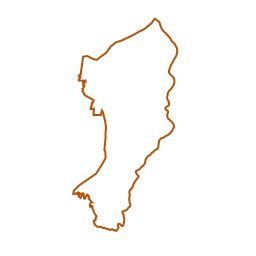 the district of Islas del Ibicuy, Entre Ríos, Argentina, rotated 247°
{"feature_id": "61730980B51981995924731", "entity_name": "Islas del Ibicuy", "entity_type": "district", "adm_level": 2, "iso_a3": "ARG", "parent_name": "Argentina", "parent_adm1": "Entre Ríos", "projection": "orthographic", "projection_center": [-58.964, -33.597], "detail": "fine", "context": "isolated", "style": "outline", "palette": "amber", "viewbox_px": 256, "rotation_deg": 247, "n_neighbors": 0, "source": "geoboundaries", "source_scale": "gbopen_adm2", "svg_char_len": 5552}
<svg xmlns="http://www.w3.org/2000/svg" viewBox="0 0 256 256"><g transform="rotate(247 128 128)"><path d="M88.6,51.8L88.5,52.0L88.5,52.8L88.3,53.7L88.1,53.7L88.0,53.9L88.2,54.2L88.1,54.5L87.5,55.1L86.9,55.3L86.4,55.6L86.2,56.0L86.3,56.4L86.5,56.3L86.9,56.0L87.1,55.7L87.3,55.5L87.9,55.8L88.0,56.1L88.3,56.9L87.5,57.7L86.8,58.1L86.0,57.8L85.6,57.5L85.0,56.6L84.6,56.2L84.3,56.0L83.7,56.1L83.1,56.7L82.1,57.0L82.8,58.1L83.2,58.6L83.7,59.0L84.6,59.3L85.2,59.5L85.6,59.8L85.7,60.1L85.7,60.7L85.3,61.3L84.8,61.5L84.5,61.4L84.2,60.4L84.1,60.2L83.9,60.2L83.1,60.8L82.5,60.9L80.8,60.1L80.2,60.0L79.8,60.3L79.8,60.8L80.0,61.0L80.3,60.9L80.4,60.6L80.6,60.4L81.0,60.4L81.2,60.6L81.2,60.9L81.3,62.9L81.4,63.1L82.3,63.4L82.6,63.6L82.7,63.9L82.6,64.3L82.3,64.8L81.4,64.8L80.5,65.2L79.6,65.3L79.2,65.2L78.7,64.9L78.5,64.3L77.4,64.5L76.2,65.2L75.5,65.2L75.1,65.4L74.4,65.4L74.1,65.3L73.8,65.5L73.9,65.2L73.7,64.9L73.6,64.2L73.4,63.9L72.2,63.0L71.0,62.3L70.7,62.2L70.3,62.3L70.1,62.6L70.1,62.9L70.5,63.4L70.5,63.9L70.3,64.3L69.8,64.7L69.2,64.6L68.9,64.4L68.7,64.0L68.0,63.8L67.1,63.8L65.6,64.0L64.4,63.8L63.4,63.7L62.5,63.8L61.7,64.1L60.3,64.2L59.5,64.5L59.0,64.5L58.5,64.1L58.4,63.6L58.1,63.3L56.1,62.3L55.8,61.8L56.2,60.9L55.9,60.3L55.3,59.8L54.8,59.6L53.5,60.0L53.0,60.0L52.4,59.6L52.0,59.6L51.5,59.7L50.5,60.5L49.3,61.1L48.1,62.9L47.6,64.4L47.3,64.8L47.0,65.2L46.0,65.5L45.6,65.9L45.4,66.3L45.4,67.0L45.2,67.3L44.2,68.3L43.5,68.9L43.1,69.9L41.4,71.3L41.2,71.5L41.1,72.4L41.1,73.7L41.0,74.0L40.6,74.4L39.7,74.9L39.4,75.6L39.1,75.9L38.3,76.2L38.0,76.7L38.0,77.6L39.2,79.1L39.7,80.2L40.1,80.4L42.2,80.7L43.0,81.1L43.4,81.6L43.5,82.2L43.1,82.8L42.6,83.2L40.4,84.0L40.1,84.3L40.0,84.5L40.1,85.2L40.3,85.5L41.9,87.0L44.6,88.5L45.8,89.0L48.1,89.4L49.5,90.0L52.2,89.8L52.6,89.9L53.1,90.2L53.3,90.8L53.4,91.2L53.2,92.6L53.0,93.5L53.2,94.9L53.4,95.6L54.6,97.4L54.9,99.0L55.6,99.8L56.7,100.3L58.2,100.3L62.1,101.3L63.4,102.0L64.0,102.5L64.8,103.0L65.8,103.5L68.2,104.1L69.2,104.6L69.7,105.1L70.1,105.8L70.6,106.6L70.7,107.2L71.7,108.9L72.6,109.8L73.5,110.4L74.4,111.2L74.5,111.4L74.6,111.8L75.1,112.5L76.4,114.0L77.8,116.6L78.2,117.6L78.3,117.7L78.4,118.0L78.5,118.1L78.6,118.4L78.9,118.7L80.1,118.8L82.9,117.9L83.9,117.9L84.3,118.1L84.9,118.4L85.2,118.8L85.4,119.3L85.3,120.0L85.4,121.9L85.7,122.7L86.2,123.9L86.9,125.0L87.0,125.6L87.2,126.7L87.3,127.2L87.7,127.8L87.8,127.9L87.9,128.1L88.5,129.1L89.1,129.8L91.2,131.4L91.6,131.6L91.7,131.8L92.6,132.7L93.4,133.9L93.9,134.7L94.0,135.1L94.3,135.4L94.3,135.8L94.2,136.3L94.3,136.5L94.4,136.9L95.7,140.0L96.2,142.2L97.0,144.1L97.2,146.3L97.6,147.4L97.8,147.7L98.7,148.4L104.0,151.5L105.1,153.3L105.6,154.4L105.4,154.9L105.2,156.0L105.3,156.5L105.3,157.3L105.7,158.5L106.0,162.5L106.6,164.5L107.8,167.0L108.9,168.4L110.8,170.5L111.9,171.1L113.5,171.3L114.5,171.2L116.3,170.7L121.1,168.6L122.7,168.5L124.2,168.9L124.8,169.2L126.5,170.9L127.7,171.3L128.5,171.2L130.4,169.9L130.8,169.9L131.6,170.1L132.2,170.8L132.4,171.4L132.6,172.5L132.5,173.4L132.9,174.1L133.8,175.0L134.6,175.4L136.6,175.8L139.2,175.5L140.1,175.7L141.8,176.5L144.9,178.6L145.6,179.5L146.6,181.4L147.4,183.1L149.0,185.9L150.2,187.2L151.3,188.2L153.6,189.3L154.8,189.6L155.5,189.5L156.9,189.5L158.0,189.1L158.7,188.7L160.5,187.9L162.3,187.5L163.1,187.4L164.3,187.9L165.8,189.0L166.4,189.5L166.7,190.1L168.0,191.1L168.6,191.6L172.7,196.7L175.7,200.7L177.6,202.3L178.6,202.9L180.4,203.7L182.2,204.1L183.3,204.2L184.9,204.0L186.6,203.9L188.2,203.5L189.3,203.0L190.7,202.1L191.4,202.0L191.9,201.9L193.2,202.1L194.3,202.0L196.3,201.2L197.1,201.0L199.1,200.2L200.0,200.1L201.0,199.7L202.2,198.9L205.2,197.9L207.2,197.8L209.2,197.8L210.0,197.9L212.2,198.2L213.4,198.2L215.4,197.1L217.7,195.6L218.0,195.0L216.7,192.7L215.5,191.3L215.1,190.1L214.5,188.3L213.7,185.0L212.9,183.1L212.9,181.9L212.5,179.4L212.5,177.6L211.5,168.1L211.0,156.3L211.1,155.3L211.5,151.3L211.5,149.6L209.7,143.8L206.0,137.8L205.7,137.3L204.4,131.1L203.0,126.3L203.0,125.8L203.2,125.4L205.1,122.8L209.8,119.0L210.2,118.5L210.4,118.0L211.1,114.5L197.4,106.3L196.6,106.0L196.6,105.8L196.3,105.5L195.9,105.3L195.9,105.0L195.7,104.7L195.7,104.0L195.3,103.8L195.4,103.4L195.3,103.1L194.7,103.4L194.5,103.9L194.6,104.2L194.4,104.4L193.4,104.1L193.0,103.8L193.0,103.3L192.8,103.2L192.8,102.8L192.2,102.0L191.9,101.9L191.5,102.0L191.5,101.8L191.3,101.3L191.0,101.2L190.9,101.3L190.5,101.9L190.5,102.6L189.7,103.9L189.4,104.9L188.8,105.7L188.7,106.2L188.5,106.5L188.5,106.8L188.3,107.2L188.0,106.8L187.6,106.8L187.7,106.5L187.6,106.3L187.6,106.1L187.2,106.2L187.4,105.6L187.6,105.6L187.8,104.9L188.0,104.8L187.7,104.5L187.4,104.6L187.2,104.6L187.1,104.9L186.6,105.2L186.9,104.9L186.9,104.5L187.0,104.4L186.8,104.1L186.6,104.2L185.7,104.2L185.4,104.3L185.3,104.2L185.3,103.9L185.1,103.9L185.1,104.2L184.7,103.8L184.6,104.1L184.4,104.2L184.4,103.9L184.1,103.8L183.9,103.5L183.4,103.4L183.2,103.5L182.9,103.2L183.0,103.0L182.6,102.9L182.5,102.7L182.2,102.5L182.0,102.2L181.8,101.6L181.6,101.7L181.4,101.4L181.1,101.5L180.8,101.2L180.7,101.0L179.7,100.6L179.6,100.4L179.3,100.5L179.2,100.5L178.8,100.5L177.8,100.9L177.5,100.8L176.8,100.9L176.6,100.7L176.4,100.7L176.1,100.7L174.5,101.5L167.0,107.3L164.6,104.9L164.9,104.5L161.7,102.5L162.0,102.1L160.3,101.0L159.6,101.9L159.2,102.6L159.0,103.3L159.0,104.1L153.5,101.4L150.5,108.1L154.3,110.8L152.8,111.1L143.1,109.6L137.4,108.0L134.0,106.4L132.2,105.3L129.2,104.1L127.0,103.1L117.0,97.7L116.4,97.6L115.5,97.8L114.9,97.8L109.5,95.8L109.0,95.4L104.8,90.2L98.5,80.9L98.3,80.3L94.3,60.9L91.5,53.6L88.6,51.8Z" fill="none" stroke="#b45309" stroke-width="2"/></g></svg>